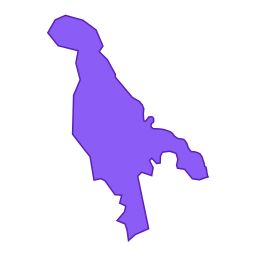 Sirdarya, Sirdaryo, Uzbekistan (Equal Earth projection)
{"feature_id": "79887680B82422734608067", "entity_name": "Sirdarya", "entity_type": "district", "adm_level": 2, "iso_a3": "UZB", "parent_name": "Uzbekistan", "parent_adm1": "Sirdaryo", "projection": "equal_earth", "projection_center": [68.708, 40.817], "detail": "fine", "context": "isolated", "style": "filled", "palette": "violet", "viewbox_px": 256, "rotation_deg": 0, "n_neighbors": 0, "source": "geoboundaries", "source_scale": "gbopen_adm2", "svg_char_len": 1337}
<svg xmlns="http://www.w3.org/2000/svg" viewBox="0 0 256 256"><path d="M148.6,228.7L137.7,176.3L141.5,172.2L151.7,175.6L153.1,167.7L149.5,160.6L151.8,158.2L156.6,163.5L160.2,163.0L160.5,155.8L162.5,152.2L169.7,151.2L176.0,153.3L177.9,159.2L176.6,165.3L177.5,168.2L184.6,169.3L192.4,178.8L199.5,179.8L205.3,177.7L208.2,176.9L207.5,175.6L206.7,171.7L206.6,169.9L206.0,167.2L204.6,166.2L204.1,163.2L202.8,159.4L202.1,157.0L199.8,153.7L197.0,152.5L194.5,151.8L191.2,151.6L189.3,149.4L188.0,147.0L187.1,144.1L185.5,141.4L183.8,139.5L182.4,139.1L177.8,138.5L174.4,136.2L172.9,133.9L170.7,132.0L167.2,130.6L163.9,129.6L160.2,129.0L157.0,128.8L153.4,128.7L151.7,127.5L151.1,126.6L150.9,125.7L151.2,124.5L151.7,123.4L153.2,122.4L153.6,121.7L153.7,120.3L153.6,118.7L152.6,117.1L151.2,116.8L149.0,116.9L147.9,118.2L146.8,119.8L145.3,121.3L143.9,120.9L143.6,118.6L143.3,113.6L143.8,108.8L142.2,104.8L139.2,101.4L132.4,97.5L115.3,77.2L115.3,74.2L107.3,59.6L99.2,51.7L102.9,46.1L96.1,30.0L83.0,20.3L65.5,15.4L55.2,19.9L47.8,32.8L58.2,45.7L78.2,50.7L75.9,63.1L80.2,79.8L73.6,95.3L72.6,134.2L84.5,149.7L90.1,156.6L94.0,180.1L100.8,178.7L104.9,180.6L115.0,194.7L121.7,195.2L119.7,203.2L125.8,205.9L124.5,211.9L123.5,213.0L117.0,220.6L125.1,223.9L127.2,230.6L128.5,240.6L135.1,234.6L148.6,228.7Z" fill="#8b5cf6" stroke="#5b21b6" stroke-width="1.5"/></svg>